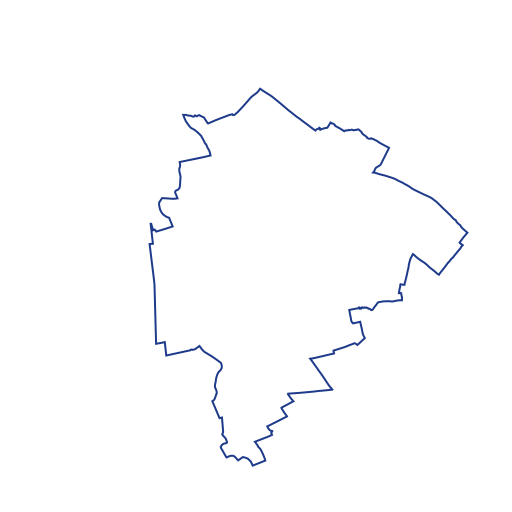 outline of Grivita, Vaslui, Romania, rotated 312°
{"feature_id": "2599482B4273660829063", "entity_name": "Grivita", "entity_type": "district", "adm_level": 2, "iso_a3": "ROU", "parent_name": "Romania", "parent_adm1": "Vaslui", "projection": "albers", "projection_center": [27.682, 46.171], "detail": "fine", "context": "isolated", "style": "outline", "palette": "blue", "viewbox_px": 512, "rotation_deg": 312, "n_neighbors": 0, "source": "geoboundaries", "source_scale": "gbopen_adm2", "svg_char_len": 6113}
<svg xmlns="http://www.w3.org/2000/svg" viewBox="0 0 512 512"><g transform="rotate(312 256 256)"><path d="M100.8,350.3L100.8,351.0L100.4,352.0L100.4,352.6L100.2,355.0L99.7,356.4L99.1,357.6L98.3,358.9L98.0,359.3L96.9,359.0L95.2,357.8L94.2,357.4L93.6,357.2L92.2,357.2L90.6,357.5L90.0,358.2L89.0,361.3L86.8,368.0L86.6,368.8L86.8,369.1L89.6,370.2L90.4,370.8L91.3,371.6L92.3,372.8L92.5,373.4L92.6,375.0L92.2,379.5L97.8,380.8L99.1,383.2L99.8,385.1L99.9,386.1L99.8,389.5L98.7,392.4L98.0,393.8L110.2,399.8L111.6,397.5L112.5,395.7L114.1,392.1L115.0,389.9L115.5,388.1L115.6,387.3L115.6,385.8L115.7,385.2L116.0,384.8L116.6,382.7L117.2,379.5L130.5,386.2L133.8,387.6L134.7,385.7L135.3,385.4L136.4,385.5L136.7,385.4L136.8,385.1L136.0,383.7L135.8,382.7L135.9,381.6L136.2,380.1L136.9,378.4L157.5,386.4L157.7,386.0L158.1,383.7L158.5,382.0L159.7,377.6L160.1,376.5L160.3,376.4L167.7,379.1L173.1,381.0L173.5,377.5L174.5,373.2L174.7,372.2L174.9,372.1L175.2,372.0L183.8,380.3L193.4,389.2L198.1,393.3L200.3,395.4L207.7,402.1L207.9,402.1L208.0,401.1L208.2,399.4L208.5,397.4L209.3,393.9L211.0,387.5L211.8,384.0L212.0,383.2L212.9,379.0L213.8,375.2L215.5,367.4L215.9,365.0L219.1,367.6L235.8,379.2L237.5,376.9L248.1,383.1L252.7,385.3L254.1,386.1L257.0,387.5L257.4,388.3L257.8,390.9L267.8,391.8L269.0,388.6L270.3,386.4L272.1,384.2L276.8,377.4L272.6,374.5L270.9,373.2L271.2,372.5L270.9,371.9L271.3,370.6L278.3,361.4L283.9,365.6L285.1,366.6L285.7,367.2L286.3,366.9L286.7,366.9L287.0,367.5L287.1,368.0L286.5,368.7L287.3,369.4L287.6,369.5L288.7,369.1L288.8,369.2L289.2,369.8L289.4,370.6L290.0,370.8L290.4,371.0L290.5,371.6L290.6,371.8L291.2,372.2L291.6,372.4L291.7,373.2L292.2,374.1L292.0,374.8L292.7,375.7L293.0,376.7L292.8,377.4L293.0,378.0L293.5,378.4L294.6,378.6L298.1,378.1L299.5,378.1L301.7,377.8L303.3,377.8L303.5,377.9L307.6,381.1L311.6,385.3L313.3,387.7L316.8,390.3L319.1,392.2L320.7,394.1L322.9,392.2L324.2,390.3L325.5,388.8L325.5,388.7L325.2,388.2L324.0,387.1L327.8,384.6L329.8,383.6L330.8,382.7L331.7,382.3L332.8,384.2L333.9,385.6L334.6,385.2L335.6,384.5L337.1,383.9L338.6,383.0L340.4,382.2L341.2,381.6L343.2,380.6L346.0,378.9L349.1,377.3L352.0,375.3L354.6,373.9L357.2,372.7L362.4,371.3L362.6,372.4L362.5,375.6L362.8,380.3L363.6,385.3L363.8,387.2L363.8,388.4L363.7,393.1L364.2,399.7L364.1,401.8L364.3,403.6L364.5,404.5L366.3,404.2L373.2,403.8L379.7,403.2L380.0,403.4L382.2,403.2L385.8,403.1L386.1,403.3L386.7,403.4L389.2,403.1L390.4,403.1L393.8,402.9L397.3,402.8L398.1,402.9L399.8,402.4L402.4,402.4L402.0,399.1L402.2,398.3L408.5,397.7L414.8,397.5L414.7,391.8L414.9,388.8L415.5,387.6L415.4,385.0L415.4,383.4L415.6,382.3L415.8,381.6L416.2,380.7L416.2,380.2L415.9,378.6L415.9,377.4L416.3,373.5L416.6,365.8L416.6,363.6L416.9,357.4L417.0,353.7L416.5,347.6L416.0,345.6L414.1,339.6L411.2,329.7L410.6,327.1L410.2,323.6L409.5,320.1L409.0,318.5L408.7,316.5L407.9,313.7L407.3,312.0L406.3,307.6L404.4,303.1L401.9,297.7L399.3,292.8L397.6,288.9L397.1,288.1L396.4,287.2L398.3,287.1L399.7,286.5L400.5,286.3L401.9,286.1L402.6,286.3L406.3,287.4L406.8,287.5L408.1,287.3L425.4,282.5L423.6,275.3L423.2,273.8L422.8,271.7L422.5,269.3L422.2,267.8L421.8,266.7L421.5,265.3L420.9,263.9L420.7,263.1L420.5,262.8L420.3,262.8L420.3,262.7L419.7,262.4L418.9,261.8L418.6,261.1L418.1,259.7L418.5,259.2L418.5,258.4L418.4,256.7L418.1,254.6L418.1,253.2L418.3,252.3L418.6,251.9L418.6,251.3L418.8,250.5L418.7,249.7L418.7,248.8L418.7,247.5L417.6,246.5L417.2,246.5L415.9,245.3L414.7,244.4L414.5,244.0L414.3,243.2L413.8,242.5L411.7,241.0L411.5,240.6L411.5,240.3L410.9,240.1L410.4,239.8L409.1,238.4L408.6,238.3L408.0,238.3L407.7,238.0L407.6,237.5L407.6,236.4L407.4,236.1L407.3,235.6L407.3,235.0L407.1,234.1L406.9,232.6L406.5,231.6L406.5,231.0L406.1,229.4L405.7,228.0L405.8,227.3L406.0,226.9L406.2,226.7L406.0,225.0L405.9,224.5L405.4,224.0L405.1,222.1L399.1,223.2L396.9,221.5L393.7,219.5L393.0,219.5L392.8,219.4L392.7,219.2L392.9,218.9L393.7,218.1L393.8,217.8L393.7,217.2L392.4,217.2L391.7,217.0L391.1,216.4L389.5,216.1L389.0,216.2L388.6,212.8L388.0,205.8L387.7,203.1L387.1,195.7L386.7,193.0L386.5,189.4L386.0,182.1L385.8,173.4L385.4,165.1L385.2,161.3L384.9,159.0L383.7,152.2L383.0,147.1L379.4,147.5L376.5,147.2L372.9,146.4L370.0,146.1L359.0,146.3L350.5,146.1L347.2,145.7L346.6,145.6L345.8,145.1L345.4,144.8L345.3,143.8L345.4,143.5L343.1,141.9L334.4,137.4L330.0,135.2L322.6,131.8L322.4,131.6L322.3,131.3L324.1,124.7L322.9,120.7L322.9,119.9L322.8,119.7L322.2,119.2L321.5,118.9L320.4,118.6L319.9,118.1L319.8,117.8L319.9,117.0L319.7,116.6L318.0,116.5L317.5,116.1L317.3,115.7L317.0,114.6L316.7,113.9L316.4,113.4L315.7,112.7L315.4,112.0L315.0,111.5L314.7,111.1L314.1,109.6L312.7,108.2L312.2,107.5L310.7,110.3L309.3,113.5L309.0,114.3L309.0,114.9L308.5,116.3L308.5,117.1L308.2,118.2L307.9,119.1L307.7,122.2L308.2,124.1L308.7,126.7L308.8,129.7L308.8,130.8L308.6,134.7L307.4,138.2L306.6,140.5L305.8,142.2L305.5,143.3L305.6,144.3L304.7,146.0L303.9,148.0L303.5,149.3L303.0,150.7L301.9,152.7L300.3,154.9L295.0,151.3L274.8,136.4L273.9,137.6L272.5,139.1L271.4,139.8L269.5,140.6L268.5,141.5L267.2,142.9L264.8,146.5L263.4,147.8L262.4,148.4L259.0,151.2L257.0,152.7L255.6,153.5L254.6,153.7L253.4,153.7L251.9,153.1L251.3,152.8L250.6,152.7L249.5,153.0L248.9,153.7L247.7,156.4L246.3,159.1L244.1,157.2L242.9,156.0L238.6,150.5L236.2,147.5L231.1,148.2L229.5,149.4L227.6,151.8L226.2,153.9L225.1,156.9L224.8,158.5L224.8,159.9L225.1,162.7L225.7,164.7L226.3,165.8L222.2,174.3L215.1,170.2L207.4,165.5L207.9,163.1L206.4,162.4L207.9,159.6L209.8,156.6L209.4,156.2L196.1,171.2L193.7,168.9L169.2,197.1L166.4,200.1L123.9,240.5L128.8,244.3L131.0,245.8L122.0,255.9L142.0,270.3L142.2,270.2L142.6,270.2L143.3,270.6L143.7,271.1L143.8,271.7L145.2,272.6L146.4,273.2L151.3,274.2L150.4,278.5L150.2,281.6L152.0,291.1L152.6,296.2L153.1,301.2L152.8,302.2L151.2,304.4L149.6,305.5L148.6,305.8L147.2,306.0L144.4,305.9L142.8,306.3L141.2,306.9L138.8,308.0L135.3,310.3L133.4,311.4L131.7,312.6L130.8,313.8L130.0,315.6L129.2,317.1L128.4,318.0L127.6,318.8L126.5,319.0L124.8,319.9L124.1,320.1L121.5,321.1L120.0,321.0L118.9,320.7L111.1,337.4L113.2,338.8L103.3,349.3L100.8,350.3Z" fill="none" stroke="#1e3a8a" stroke-width="2"/></g></svg>